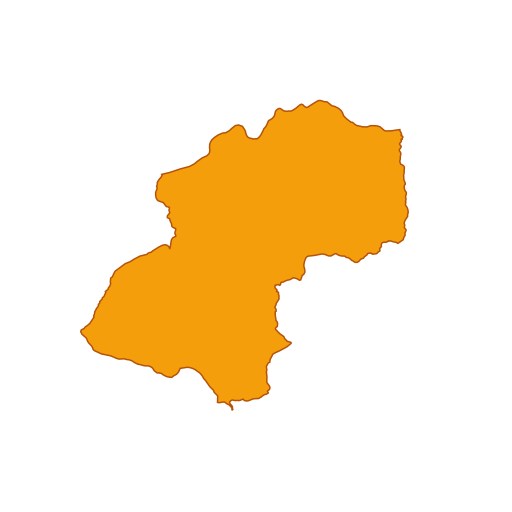 the district of Barichara, Santander, Colombia, rotated 58°
{"feature_id": "7082276B84209220800631", "entity_name": "Barichara", "entity_type": "district", "adm_level": 2, "iso_a3": "COL", "parent_name": "Colombia", "parent_adm1": "Santander", "projection": "mercator", "projection_center": [-73.205, 6.646], "detail": "fine", "context": "isolated", "style": "filled", "palette": "amber", "viewbox_px": 512, "rotation_deg": 58, "n_neighbors": 0, "source": "geoboundaries", "source_scale": "gbopen_adm2", "svg_char_len": 6098}
<svg xmlns="http://www.w3.org/2000/svg" viewBox="0 0 512 512"><g transform="rotate(58 256 256)"><path d="M373.9,357.0L372.5,356.6L371.3,355.9L369.8,355.8L367.9,356.3L366.2,356.0L365.8,355.7L365.4,354.3L365.4,352.9L365.7,352.2L367.8,350.0L368.6,348.2L369.5,347.3L370.0,345.9L370.5,342.8L372.3,342.5L373.5,341.4L374.6,339.7L375.8,333.7L378.1,329.6L378.3,328.7L378.2,326.9L378.4,326.4L378.1,325.2L378.0,322.4L378.7,320.5L378.7,318.3L378.4,318.0L377.3,318.1L376.6,317.8L376.3,315.2L375.1,314.0L373.6,313.5L369.4,313.8L368.4,313.5L364.5,310.9L359.5,308.4L358.4,307.2L355.6,306.0L355.0,305.5L353.2,302.2L353.3,300.5L351.2,298.8L349.2,295.3L348.2,293.9L348.2,291.3L348.9,286.3L349.4,277.7L348.7,272.6L348.3,272.2L347.5,272.3L344.8,274.8L343.8,274.8L341.3,275.5L339.2,275.1L334.5,277.0L331.1,277.8L330.2,277.8L328.7,278.3L328.1,278.2L327.5,277.5L327.1,276.7L327.2,275.9L326.9,275.1L324.6,273.4L323.2,273.0L321.4,273.2L315.9,270.8L314.1,269.6L313.6,269.3L313.3,268.5L313.4,268.0L311.5,267.2L309.9,267.3L309.4,267.1L308.0,264.9L307.0,264.1L304.8,259.5L304.1,258.9L303.1,258.5L302.4,257.8L301.3,257.3L300.3,257.3L299.4,256.5L298.8,256.3L298.2,256.4L297.2,257.3L296.7,257.2L296.5,256.5L296.0,256.2L293.4,256.7L292.3,256.4L291.0,255.1L291.4,254.5L291.8,252.5L292.5,251.9L293.3,251.7L293.4,250.8L292.9,250.0L291.8,249.1L291.8,248.3L292.6,246.5L292.6,244.9L293.1,242.3L294.1,239.7L294.2,236.0L295.9,234.2L297.9,232.7L299.4,232.2L300.0,230.8L297.0,227.1L296.9,225.3L295.6,223.1L294.0,222.3L293.5,221.9L289.5,220.6L287.3,218.7L285.7,217.0L284.1,214.8L283.7,213.6L283.7,212.0L286.5,206.1L289.3,198.9L291.0,196.9L294.4,194.4L295.7,192.4L295.9,188.4L296.4,186.8L297.9,186.2L299.6,185.1L301.1,183.7L303.2,180.8L305.1,180.2L306.0,179.0L307.2,178.1L310.6,177.1L311.4,176.4L313.5,175.6L314.2,174.9L314.9,173.7L315.1,172.7L315.1,171.8L314.2,168.8L314.8,166.2L314.1,164.3L313.9,161.5L313.1,159.9L313.4,159.0L314.5,156.9L315.2,156.5L315.8,156.5L316.4,156.0L317.1,154.2L317.8,153.1L317.9,152.2L317.4,150.3L317.4,148.3L315.3,147.1L315.0,146.5L314.5,144.8L312.4,143.4L311.8,142.6L311.7,141.8L312.0,140.5L313.5,137.8L313.4,135.6L313.9,135.4L314.4,134.0L316.9,131.9L318.5,130.0L320.5,129.0L320.2,122.6L318.5,120.6L317.6,118.8L316.7,118.1L315.7,117.7L315.3,117.3L313.8,115.1L312.9,114.8L310.8,115.2L309.8,114.6L309.2,113.9L308.4,113.4L307.3,113.2L306.4,112.7L304.8,110.8L302.8,106.5L301.0,105.3L299.8,103.9L297.9,102.9L295.3,102.2L291.8,102.2L289.7,100.4L289.0,100.4L287.9,99.2L286.9,98.4L285.7,98.2L284.1,97.0L283.5,96.1L282.1,95.0L281.1,94.8L280.3,95.0L279.2,94.9L277.9,94.6L275.8,93.7L274.6,92.4L274.2,91.4L273.5,90.9L269.7,90.2L267.3,88.8L266.2,88.4L264.3,86.6L259.3,83.1L258.0,83.0L256.8,83.4L254.8,84.6L253.0,84.3L251.3,83.5L250.9,82.8L247.9,80.7L246.1,79.0L245.1,78.6L242.4,78.6L241.6,77.8L241.0,76.1L240.3,75.0L239.1,74.7L237.8,75.1L237.0,74.9L236.5,74.2L236.5,73.6L235.7,71.9L234.3,71.3L234.0,71.0L234.5,70.2L233.7,69.7L233.2,68.6L232.8,68.3L231.7,68.4L230.9,69.1L230.3,68.8L230.0,68.1L227.9,67.6L226.1,67.6L225.0,67.0L221.5,75.0L218.6,79.9L217.4,80.7L212.1,82.4L210.1,84.1L208.4,86.3L206.3,89.5L205.3,93.6L203.1,96.9L198.6,101.5L196.1,102.7L195.1,102.8L193.9,103.3L192.8,104.6L187.4,106.6L183.4,107.4L180.2,106.7L177.4,106.8L174.2,107.9L170.6,110.2L169.0,111.9L162.9,114.1L161.2,116.4L158.2,119.0L157.4,120.4L157.1,122.1L157.1,129.8L157.2,133.7L156.4,134.8L154.6,135.7L152.6,136.1L151.3,137.1L151.1,138.8L151.8,143.6L151.9,146.9L151.8,148.5L151.2,150.4L150.2,151.6L149.8,152.9L148.7,154.4L147.5,155.6L143.8,157.2L143.0,158.5L142.9,159.9L143.1,161.6L144.1,163.4L145.4,164.5L147.2,166.7L148.0,169.7L147.9,173.7L150.4,177.3L151.5,179.2L152.3,182.0L153.3,183.3L156.1,188.1L157.0,190.9L157.2,193.1L156.5,194.0L155.3,196.3L152.1,199.3L150.8,199.9L150.0,200.1L147.6,199.9L144.3,198.8L142.2,198.7L138.9,198.8L135.7,201.3L134.6,203.9L134.5,205.1L135.0,209.5L135.5,211.4L135.6,213.0L135.4,216.4L134.0,219.4L133.3,223.7L133.4,227.8L134.1,231.9L135.4,234.4L137.0,236.3L139.8,238.2L141.6,238.9L143.5,240.5L144.4,241.8L145.0,244.6L144.3,249.4L144.6,255.1L145.2,259.4L144.8,265.1L142.1,273.8L139.4,285.0L136.8,292.7L137.7,292.7L138.4,293.8L139.2,295.7L139.6,297.4L141.1,300.4L141.6,301.0L142.9,301.6L144.2,303.4L145.4,303.6L146.8,304.5L148.0,306.3L149.3,307.7L151.9,309.2L153.9,309.9L156.4,310.0L157.4,309.6L161.6,306.3L166.2,305.9L166.8,305.6L167.9,304.4L168.7,303.9L169.4,303.9L170.7,305.3L172.1,305.9L173.3,306.1L173.8,306.5L174.9,309.7L176.0,310.7L176.8,310.7L178.6,309.5L180.6,310.2L183.6,310.5L186.2,311.6L186.8,311.6L188.6,310.8L190.0,309.6L191.5,310.4L192.7,311.9L193.9,312.9L195.5,313.0L196.7,313.5L196.8,314.1L196.4,316.4L197.0,318.4L197.8,319.5L202.9,323.9L204.0,325.1L203.8,325.3L202.6,325.0L201.6,325.0L200.2,325.5L198.4,326.8L197.4,329.3L196.9,333.3L196.9,340.9L197.3,342.9L196.7,344.3L196.4,346.0L196.8,347.6L194.6,354.4L194.1,360.5L194.1,365.9L193.2,371.0L194.2,383.5L195.7,386.2L197.4,388.5L197.8,391.0L200.6,393.1L201.5,393.7L202.3,393.8L203.9,395.7L204.7,397.8L205.4,398.8L206.0,399.2L206.0,401.0L206.3,402.6L207.2,402.6L209.7,406.3L210.1,408.5L211.1,409.6L211.7,412.5L212.9,413.3L213.6,415.4L214.5,415.8L215.2,416.9L215.9,418.9L218.0,422.4L219.5,423.6L220.7,425.3L222.0,425.8L225.1,432.6L225.7,436.8L225.6,438.2L226.4,440.2L226.1,443.1L226.2,443.6L227.5,444.8L230.3,445.0L235.0,443.6L236.2,443.4L238.3,443.9L240.7,444.0L245.5,443.1L247.3,443.2L248.8,443.6L249.9,443.5L251.1,442.9L257.1,439.0L263.7,432.1L269.2,428.3L270.9,426.7L273.4,422.2L275.1,420.7L276.8,418.6L279.5,416.5L281.4,415.8L285.2,413.5L286.4,412.1L289.9,408.9L292.4,405.2L295.2,403.4L296.6,403.1L299.2,403.1L302.4,402.0L303.2,401.3L303.5,400.3L304.6,399.5L305.2,398.6L307.6,397.7L310.9,395.7L313.3,393.1L314.3,391.7L314.0,389.4L314.2,385.9L313.2,382.9L311.1,379.9L313.9,373.4L315.5,371.3L317.5,369.5L319.8,368.0L325.3,365.7L327.6,365.3L329.8,365.1L332.0,365.3L334.6,364.8L342.4,364.4L345.2,363.8L346.3,363.4L347.5,363.3L349.4,363.7L354.3,362.6L359.7,366.2L360.7,365.3L361.8,362.9L362.0,361.9L363.3,360.0L365.9,359.0L368.0,357.7L371.2,357.0L372.2,357.0L373.7,357.9L374.0,357.7L373.9,357.0Z" fill="#f59e0b" stroke="#b45309" stroke-width="1.5"/></g></svg>